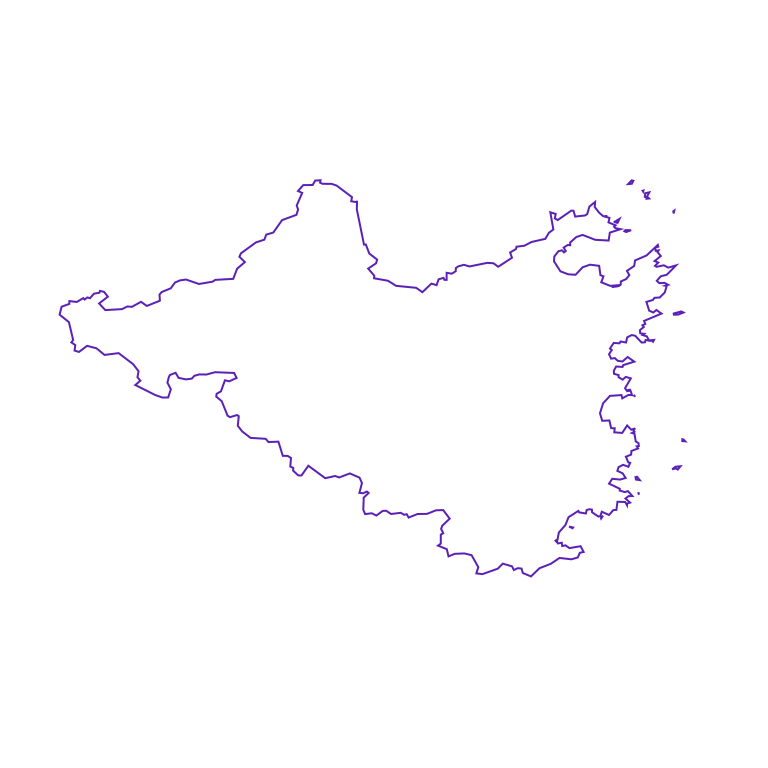 outline of Trenggalek, Jawa Timur, Indonesia, rotated 262°
{"feature_id": "22746128B86316028646138", "entity_name": "Trenggalek", "entity_type": "district", "adm_level": 2, "iso_a3": "IDN", "parent_name": "Indonesia", "parent_adm1": "Jawa Timur", "projection": "equal_earth", "projection_center": [111.621, -8.138], "detail": "fine", "context": "isolated", "style": "outline", "palette": "violet", "viewbox_px": 768, "rotation_deg": 262, "n_neighbors": 0, "source": "geoboundaries", "source_scale": "gbopen_adm2", "svg_char_len": 6170}
<svg xmlns="http://www.w3.org/2000/svg" viewBox="0 0 768 768"><g transform="rotate(262 384 384)"><path d="M184.3,545.3L185.3,551.8L189.6,554.4L189.9,558.3L196.0,556.1L195.7,544.8L199.0,541.2L198.7,538.0L202.1,537.9L201.9,534.2L204.9,532.0L205.6,533.3L204.2,533.6L212.6,536.5L219.2,544.1L226.4,548.2L231.3,558.8L229.7,559.4L227.7,565.9L231.0,567.1L231.4,569.9L230.7,572.4L228.0,572.2L222.9,577.9L223.0,579.8L227.2,581.9L223.0,588.6L227.2,593.5L227.0,596.6L234.9,598.8L233.6,606.4L230.1,607.8L231.8,608.1L232.3,611.2L237.0,607.2L238.9,610.5L238.5,614.4L244.0,610.6L243.4,607.5L245.7,602.6L247.4,602.9L254.0,593.0L258.4,596.8L256.5,604.4L257.3,610.2L262.3,607.9L265.5,603.0L269.0,604.7L270.7,609.5L268.0,614.5L271.7,616.8L272.4,615.0L278.3,613.4L279.7,618.9L283.3,619.7L284.8,626.6L287.1,625.6L287.1,627.7L290.0,627.8L292.1,625.3L299.9,625.1L301.0,622.8L301.9,625.4L303.5,624.5L305.1,626.6L304.3,622.5L309.1,619.0L302.4,613.1L304.1,605.3L308.0,606.3L308.7,602.8L316.5,602.1L317.2,595.0L325.0,593.8L334.4,598.3L340.8,606.1L340.0,617.6L336.6,618.0L339.2,624.5L338.4,628.1L343.1,627.2L343.1,625.7L344.2,627.5L343.9,623.3L346.3,622.1L355.2,629.2L357.4,624.4L355.1,621.0L358.1,617.2L360.1,617.6L362.1,613.2L365.1,613.4L369.0,616.3L367.7,622.6L369.4,623.5L371.3,635.0L376.8,629.0L373.1,623.3L374.4,618.7L377.5,616.2L377.5,612.4L382.2,611.0L385.9,614.3L387.6,612.7L392.7,617.2L391.5,622.9L393.2,624.2L391.4,629.4L396.4,631.4L398.0,636.2L396.8,639.5L389.2,644.9L389.0,648.2L391.2,649.2L390.0,652.6L394.6,650.9L396.5,646.9L397.5,648.6L398.5,644.8L401.7,644.9L404.3,649.2L406.2,648.1L407.1,651.1L410.3,650.3L415.1,668.6L419.4,664.0L417.3,660.7L419.7,656.8L428.8,655.3L429.8,662.0L431.7,663.8L431.3,669.1L435.5,674.7L441.7,677.6L442.2,676.2L442.7,679.2L445.1,675.9L445.6,670.6L448.2,668.5L452.2,673.1L452.8,679.2L460.8,689.7L459.7,681.7L462.6,677.6L462.1,670.3L463.3,668.8L466.1,672.5L468.1,669.1L472.2,675.9L476.6,673.2L478.1,674.5L478.1,671.6L481.4,671.5L481.8,674.7L483.6,674.5L474.8,662.0L471.4,649.8L466.1,648.2L462.2,640.3L457.7,642.1L454.2,638.4L452.6,632.8L449.4,632.2L448.5,630.5L448.2,628.8L448.3,622.9L449.2,631.0L449.7,621.7L454.5,613.3L460.1,616.3L461.6,613.5L471.1,613.5L473.5,604.5L471.9,596.9L465.5,588.9L467.0,581.7L471.0,574.4L481.9,569.4L486.6,570.4L491.2,575.2L491.6,578.9L489.3,580.6L490.4,582.5L494.1,580.9L496.1,585.3L495.5,587.7L498.2,588.0L502.8,595.0L504.0,601.4L497.4,613.2L494.8,626.4L502.5,628.7L504.4,639.8L506.2,634.7L507.8,633.7L508.9,635.4L512.8,628.8L517.1,630.4L519.8,624.3L523.8,620.8L530.0,617.3L534.9,618.4L531.1,612.1L524.0,608.9L522.9,606.5L523.2,596.6L529.2,595.8L529.6,593.6L522.2,578.9L524.2,576.2L528.5,577.7L530.9,572.6L513.4,573.2L510.8,568.3L505.3,564.0L504.1,549.8L501.4,542.3L501.5,534.3L499.3,533.5L496.7,527.2L491.2,528.3L484.2,513.4L488.3,509.3L489.6,503.1L488.5,485.1L490.9,479.7L490.2,474.0L488.8,471.3L485.7,470.7L483.8,466.5L485.4,461.5L478.4,460.5L478.7,458.3L480.8,457.7L480.1,452.7L474.6,449.8L476.8,444.9L469.6,434.8L474.8,429.2L479.5,409.7L485.7,402.3L490.1,388.8L492.5,389.5L500.5,384.4L504.6,392.9L508.2,394.5L515.2,387.6L524.7,385.4L524.8,383.6L560.7,381.4L569.2,382.8L567.9,382.2L569.5,377.0L573.5,378.3L587.1,364.7L589.5,359.9L590.8,350.9L592.3,348.7L594.6,349.5L595.0,344.2L591.0,341.0L592.2,331.7L587.1,325.7L584.6,329.6L572.9,322.4L568.8,323.2L563.7,320.8L560.5,305.9L549.4,295.5L548.3,288.2L543.6,285.6L542.0,276.8L533.3,260.5L530.1,258.5L524.1,263.2L518.6,254.6L509.1,249.3L510.6,231.4L509.2,228.5L508.8,214.7L515.0,202.5L515.0,196.4L513.6,191.2L508.4,186.1L506.0,176.6L503.7,174.1L497.7,173.7L494.3,160.0L499.2,154.8L495.5,145.1L496.5,140.7L494.6,135.0L496.0,118.3L503.4,113.1L508.9,122.7L514.2,119.6L515.7,115.7L514.0,114.9L513.8,109.3L509.9,104.8L511.0,102.3L509.3,99.3L510.9,98.2L508.0,91.2L509.9,84.0L507.1,83.5L505.4,75.5L497.8,72.4L489.1,80.6L470.9,82.3L468.7,80.2L465.5,83.7L460.2,82.2L458.2,86.4L463.1,95.3L459.4,104.2L451.7,111.3L451.5,125.5L438.6,138.3L430.8,142.7L425.0,140.8L421.2,143.2L417.6,137.6L405.0,155.8L401.4,162.7L400.7,168.4L408.5,172.2L415.5,169.7L420.8,171.9L422.7,173.2L424.1,179.2L418.7,181.4L416.1,188.6L416.1,194.5L418.5,197.3L419.2,202.4L418.1,209.4L419.2,218.3L415.8,237.1L410.5,238.9L408.2,231.1L409.8,227.0L399.4,221.5L397.6,216.9L394.9,216.1L389.6,220.9L374.4,224.7L372.6,226.9L373.7,234.2L372.3,235.7L363.0,233.4L356.7,237.0L349.2,244.4L346.2,259.2L342.6,261.5L341.6,271.4L326.9,273.8L326.2,278.6L323.7,281.6L315.3,279.7L313.5,282.5L310.9,281.9L305.4,286.4L304.9,289.6L313.6,297.7L298.9,312.7L299.7,322.8L297.7,326.7L300.2,337.7L294.7,346.7L289.0,348.4L279.6,344.5L278.7,348.1L279.9,352.1L278.2,353.6L274.3,348.1L262.3,346.0L257.8,347.2L257.7,353.9L254.8,358.1L258.5,365.1L258.2,368.5L254.3,372.9L254.1,382.7L251.7,385.7L251.9,388.4L248.3,389.8L250.6,399.1L249.4,408.5L251.7,418.0L250.9,425.1L241.5,430.3L235.5,421.9L232.5,420.4L228.0,421.9L227.0,419.3L218.0,418.0L216.4,415.0L211.7,423.2L204.3,423.9L206.0,430.4L205.0,440.1L202.3,446.9L189.5,451.9L183.6,449.1L182.0,455.0L185.3,471.0L189.6,476.6L185.6,485.4L181.7,486.7L183.0,490.8L182.1,494.5L177.5,495.2L173.0,502.8L179.9,512.3L182.8,524.3L187.3,533.6L184.3,545.3ZM261.5,661.1L259.4,657.5L259.8,661.3L258.4,663.0L261.3,666.2L261.5,661.1ZM413.5,680.7L412.3,680.7L411.8,685.0L413.1,690.5L414.5,688.4L413.5,680.7ZM533.0,668.3L532.2,669.9L536.9,673.4L536.6,669.2L533.0,668.3ZM253.2,623.9L256.9,621.7L256.8,620.1L254.3,620.2L253.2,623.9ZM550.5,659.2L551.2,657.7L548.0,653.6L547.8,657.3L550.5,659.2ZM501.9,650.1L502.8,644.4L501.9,643.3L500.8,644.9L501.9,650.1ZM285.3,674.3L287.4,672.8L287.8,671.8L286.0,671.4L285.3,674.3ZM390.1,657.5L390.2,654.6L388.4,656.3L390.1,657.5ZM215.6,551.3L217.1,547.4L214.9,550.6L215.6,551.3ZM530.8,672.3L532.1,671.3L532.3,670.3L530.9,669.8L530.8,672.3ZM514.8,640.2L513.5,637.2L511.9,638.3L514.8,640.2ZM338.5,629.8L337.5,630.2L336.4,631.0L338.5,629.8ZM223.2,582.6L220.9,580.2L220.5,580.3L223.2,582.6ZM514.7,694.5L512.6,694.6L515.3,695.6L514.7,694.5ZM511.5,636.5L512.6,636.2L512.7,634.1L511.5,636.5ZM538.4,667.4L539.5,667.9L539.4,667.0L538.4,667.4ZM238.9,621.1L240.5,621.0L240.5,620.8L238.9,621.1ZM519.2,628.6L519.5,626.6L519.3,626.5L519.2,628.6Z" fill="none" stroke="#5b21b6" stroke-width="2"/></g></svg>